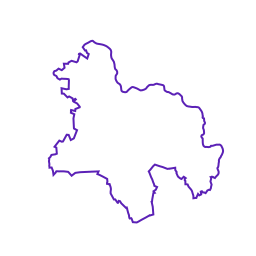 Skaistkalnes pag., Vecumnieku, Latvia, rotated 255°
{"feature_id": "27541924B21111495244089", "entity_name": "Skaistkalnes pag.", "entity_type": "district", "adm_level": 2, "iso_a3": "LVA", "parent_name": "Latvia", "parent_adm1": "Vecumnieku", "projection": "mercator", "projection_center": [24.578, 56.379], "detail": "fine", "context": "isolated", "style": "outline", "palette": "violet", "viewbox_px": 256, "rotation_deg": 255, "n_neighbors": 0, "source": "geoboundaries", "source_scale": "gbopen_adm2", "svg_char_len": 5704}
<svg xmlns="http://www.w3.org/2000/svg" viewBox="0 0 256 256"><g transform="rotate(255 128 128)"><path d="M103.7,46.6L104.7,47.5L104.7,47.9L103.9,50.3L103.7,51.4L103.4,52.4L102.6,55.2L101.1,58.9L96.5,61.2L98.3,65.5L97.7,70.3L95.2,81.7L93.7,88.3L91.4,86.5L90.1,88.3L87.7,91.0L84.2,94.7L81.3,94.2L81.0,93.8L79.5,93.3L78.8,94.9L78.7,94.9L78.6,95.7L75.3,95.9L74.2,95.8L73.4,95.7L70.9,94.7L69.3,94.3L62.6,95.9L62.3,97.2L58.6,98.5L58.3,98.8L58.3,99.0L60.0,100.2L59.4,101.3L57.0,102.0L51.3,105.4L51.5,106.2L50.3,106.3L50.2,106.2L45.7,106.2L43.5,106.4L41.9,106.1L40.5,106.1L40.1,106.3L40.1,107.7L39.6,108.0L35.8,108.3L34.5,112.0L34.9,113.9L35.9,117.6L36.9,121.9L38.0,126.1L37.8,126.1L37.9,130.1L45.5,131.5L50.2,131.7L50.1,131.9L52.9,133.0L58.6,135.7L58.5,137.0L60.3,136.3L61.2,138.9L63.5,140.8L65.3,138.5L67.0,138.6L69.0,138.3L72.1,138.1L74.6,137.6L79.4,137.1L80.7,136.8L82.0,138.9L84.6,142.4L85.7,144.5L82.9,148.7L81.3,151.4L78.3,155.5L78.2,156.3L78.0,157.8L77.9,157.8L77.4,163.3L75.1,162.8L72.8,163.6L72.0,163.1L69.2,163.5L68.0,163.8L66.3,165.0L65.5,165.8L65.4,165.8L64.9,166.5L66.5,169.2L66.4,169.3L64.7,170.7L64.5,170.2L64.2,169.7L62.7,169.3L62.1,169.7L58.8,168.9L58.4,170.2L58.0,171.0L55.7,171.3L52.2,173.0L50.9,173.4L49.8,173.5L48.2,173.5L46.7,173.6L45.8,173.6L45.1,173.5L43.2,173.0L42.9,175.6L42.8,175.9L43.0,176.0L46.2,178.6L44.5,179.4L44.9,181.5L46.3,181.7L47.7,181.8L47.8,183.0L46.3,183.7L46.1,184.8L45.0,186.1L46.8,188.2L47.1,188.5L47.4,190.2L46.9,191.1L48.3,192.4L49.7,193.0L51.7,194.1L55.0,193.8L57.7,195.3L59.1,195.2L59.0,195.5L59.3,196.4L59.3,196.5L58.7,197.1L58.5,197.7L57.9,198.1L57.7,198.3L57.5,198.7L57.2,199.0L57.6,199.5L58.3,200.5L58.9,201.4L59.1,202.0L59.9,203.0L60.4,203.5L60.9,203.8L62.1,204.2L63.1,204.2L64.6,204.0L65.7,203.9L66.1,204.0L66.5,204.3L66.7,204.7L67.2,205.1L68.7,205.8L70.4,206.4L71.8,207.1L73.2,207.4L73.8,207.7L74.4,208.2L75.1,208.8L75.6,209.7L77.0,210.8L77.6,211.5L78.7,212.4L79.9,213.3L81.2,213.9L82.2,214.0L83.0,214.1L84.1,214.0L85.7,213.7L86.7,213.5L87.6,212.9L88.2,212.3L89.0,209.1L89.0,208.0L88.9,205.3L89.3,203.5L88.6,202.8L88.6,201.1L89.4,199.0L89.7,197.6L90.5,196.8L91.4,196.3L93.1,196.2L94.9,196.5L98.4,197.4L98.8,197.3L99.0,197.1L100.1,196.7L100.7,196.6L101.2,196.8L101.9,197.3L102.0,197.7L102.2,199.0L102.7,199.7L103.2,200.1L103.9,200.3L106.2,200.7L107.1,200.7L108.1,200.5L108.6,200.6L109.2,200.7L110.1,201.1L110.8,201.4L111.3,201.6L111.6,201.9L112.0,203.0L112.4,203.4L113.0,203.7L113.4,203.7L115.0,203.4L117.5,203.9L117.6,203.6L118.0,203.3L118.3,202.9L118.5,202.8L119.0,202.8L119.3,202.9L119.9,203.3L120.0,203.4L121.2,203.4L122.5,203.6L124.0,203.6L125.7,203.2L128.9,202.0L129.6,201.5L129.8,201.2L130.1,200.7L130.5,199.5L130.9,198.7L131.2,197.5L131.5,196.0L131.9,194.9L132.8,192.9L133.1,192.1L133.7,191.0L134.0,190.5L135.0,189.7L135.5,189.4L136.8,188.7L138.5,188.0L140.0,187.6L140.3,187.6L141.5,187.8L142.1,187.8L143.3,188.1L143.9,188.2L144.5,188.1L145.1,187.9L145.8,187.4L146.9,186.8L147.6,186.3L148.5,185.4L148.7,185.0L148.8,184.6L148.8,184.3L148.8,183.6L148.4,182.5L148.3,181.9L148.3,181.3L148.8,180.0L149.3,179.4L150.4,178.4L152.1,176.6L152.4,176.1L152.5,175.5L152.8,175.0L153.5,174.3L154.4,173.5L155.2,173.1L158.8,173.6L159.4,173.5L159.9,173.3L160.4,172.8L161.4,170.9L162.2,169.3L162.6,168.5L163.1,167.8L163.3,167.4L163.4,167.0L163.4,166.4L163.3,165.2L163.1,164.3L163.1,163.9L163.3,162.8L163.7,161.7L163.8,161.4L163.9,160.2L163.9,159.6L163.8,159.3L162.8,157.4L162.7,157.2L161.7,156.0L161.4,155.5L161.1,154.6L160.9,153.5L160.8,151.6L160.9,151.0L161.0,150.1L161.2,149.7L161.9,148.9L163.0,147.8L164.0,146.7L165.6,144.5L166.1,143.7L166.4,143.0L166.4,142.2L166.1,141.4L164.8,138.6L163.4,136.3L163.2,136.0L163.2,135.7L163.2,135.4L163.2,134.9L163.4,134.2L164.2,132.6L164.5,132.1L165.4,131.5L165.8,131.4L166.4,131.4L169.7,131.9L170.6,131.9L171.2,131.8L172.1,131.5L172.4,131.4L174.2,129.8L175.0,129.4L176.8,128.9L178.6,128.7L180.7,129.3L181.5,129.6L181.8,129.8L182.4,130.5L183.4,131.6L184.6,132.0L185.2,132.1L186.1,132.0L186.9,131.8L188.1,131.0L188.8,130.9L189.4,130.9L190.7,131.0L192.8,131.4L195.5,131.5L197.3,131.0L199.3,130.3L200.5,130.2L201.4,130.3L202.9,130.5L205.8,131.5L206.7,131.6L207.9,131.5L209.1,131.0L211.1,129.6L212.0,128.9L213.1,127.8L214.4,126.1L215.2,124.8L215.9,123.4L216.9,121.2L217.4,120.1L217.9,119.3L218.5,118.7L219.4,117.8L220.9,116.8L221.2,116.6L221.4,116.3L221.5,115.8L221.5,115.2L221.5,114.6L220.7,111.6L220.1,108.7L219.6,107.4L217.8,105.2L213.9,106.6L213.8,107.6L211.2,107.8L209.6,109.2L205.7,106.6L208.6,104.1L212.3,101.1L212.4,100.7L212.3,99.9L212.0,99.7L211.3,100.4L205.4,96.6L204.8,95.3L207.5,90.9L206.7,87.5L205.5,86.8L206.7,82.7L202.6,82.3L201.0,79.0L203.3,76.3L202.0,73.6L202.0,72.7L202.0,71.7L201.3,70.9L200.6,70.4L200.3,70.3L199.3,70.2L198.8,70.3L198.3,70.5L196.9,72.1L196.2,72.5L195.3,72.5L194.7,72.7L194.2,72.9L193.0,74.1L192.8,74.6L192.4,74.8L192.9,76.5L191.9,79.4L191.9,79.6L191.4,81.1L190.8,82.7L190.5,83.3L189.4,83.3L183.1,81.4L181.1,80.9L181.3,78.6L183.6,74.1L178.4,73.0L177.8,74.9L173.2,77.5L173.7,79.3L171.0,82.1L169.1,82.0L169.8,84.6L169.1,85.0L167.7,82.2L167.4,82.4L164.9,85.2L161.0,86.9L160.5,86.7L160.0,82.1L158.1,81.4L160.1,77.7L159.5,77.4L159.4,77.5L157.5,76.8L155.2,79.7L151.4,77.8L142.2,75.8L141.5,75.7L139.1,78.2L132.0,73.0L131.7,71.9L131.2,69.6L136.7,68.9L136.8,68.4L136.9,68.1L137.2,67.6L137.1,67.3L137.1,67.0L137.2,66.9L131.8,61.7L131.9,60.5L133.6,58.4L128.9,52.2L127.6,53.7L121.6,52.6L121.4,50.9L121.6,49.3L121.7,48.2L121.8,47.1L120.2,45.6L119.7,44.9L119.0,45.2L119.3,44.9L119.4,44.2L119.2,43.8L118.9,43.9L118.2,43.8L117.3,43.5L116.6,43.1L116.0,43.0L113.9,42.8L113.0,42.6L111.7,42.1L110.7,42.1L110.0,41.9L109.6,44.0L105.9,44.4L102.0,43.9L103.7,46.6Z" fill="none" stroke="#5b21b6" stroke-width="2"/></g></svg>